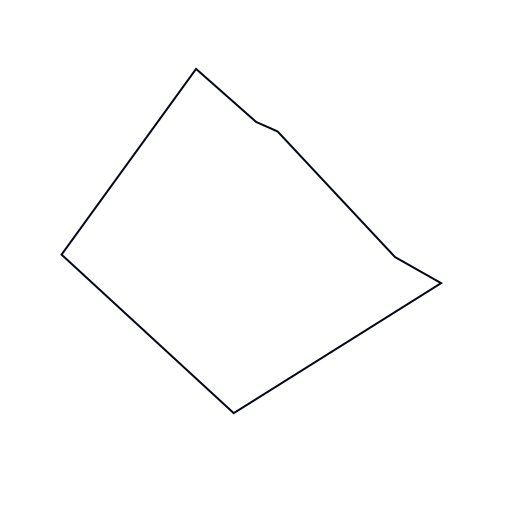 map outline of Bacolod (Natural Earth projection), rotated 110°
{"feature_id": "PHL-5525", "entity_name": "Bacolod", "entity_type": "Highly Urbanized City", "adm_level": 1, "iso_a3": "PHL", "parent_name": "Philippines", "parent_adm1": "", "projection": "natural_earth1", "projection_center": [122.969, 10.668], "detail": "fine", "context": "isolated", "style": "outline", "palette": "ink", "viewbox_px": 512, "rotation_deg": 110, "n_neighbors": 0, "source": "natural_earth", "source_scale": "10m", "svg_char_len": 261}
<svg xmlns="http://www.w3.org/2000/svg" viewBox="0 0 512 512"><g transform="rotate(110 256 256)"><path d="M100.7,376.3L130.0,301.7L131.6,278.3L209.5,124.9L218.2,72.8L411.3,223.2L321.2,439.2L100.7,376.3Z" fill="none" stroke="#020617" stroke-width="2"/></g></svg>